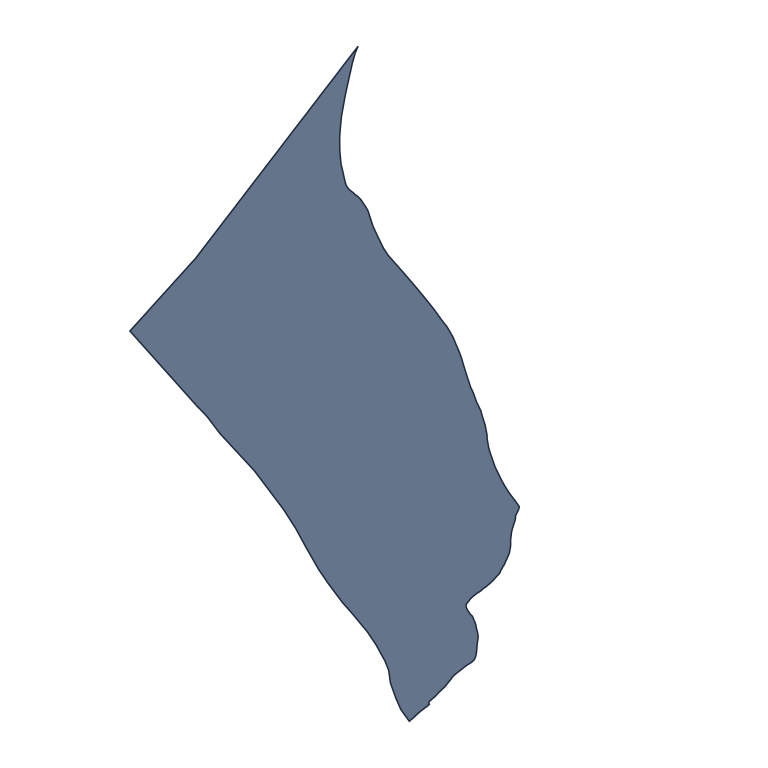 the district of Rumah, Hadramawt, Yemen, rotated 318°
{"feature_id": "15242507B71600093935687", "entity_name": "Rumah", "entity_type": "district", "adm_level": 2, "iso_a3": "YEM", "parent_name": "Yemen", "parent_adm1": "Hadramawt", "projection": "orthographic", "projection_center": [50.913, 17.827], "detail": "fine", "context": "isolated", "style": "filled", "palette": "slate", "viewbox_px": 768, "rotation_deg": 318, "n_neighbors": 0, "source": "geoboundaries", "source_scale": "gbopen_adm2", "svg_char_len": 5403}
<svg xmlns="http://www.w3.org/2000/svg" viewBox="0 0 768 768"><g transform="rotate(318 384 384)"><path d="M474.0,286.1L474.3,284.2L474.4,283.1L477.6,271.9L478.6,268.5L479.6,265.2L481.4,259.4L486.1,248.8L486.9,247.1L487.3,246.2L487.9,244.8L488.3,243.2L488.9,240.5L489.3,238.0L489.7,235.0L490.1,232.1L490.1,231.9L490.2,231.3L490.2,231.1L490.1,229.2L490.1,227.8L490.0,226.5L489.6,225.3L489.3,224.0L489.2,221.9L489.2,221.3L489.0,220.7L488.7,218.8L488.6,218.2L488.3,216.2L488.3,215.4L488.4,213.9L488.6,212.2L489.1,210.4L489.7,209.2L489.8,209.0L490.2,208.3L491.1,206.4L494.9,199.8L497.1,195.8L498.9,192.3L504.7,184.5L507.3,181.0L508.0,180.2L516.6,170.5L522.0,165.4L531.2,156.9L542.0,148.5L548.3,143.6L561.4,134.2L574.9,124.6L575.4,124.2L582.8,119.6L583.2,119.3L584.0,118.8L587.2,117.3L588.9,116.5L589.9,116.1L590.2,116.0L590.5,115.8L590.8,115.7L585.8,116.6L579.5,117.7L573.2,118.9L568.2,119.8L562.4,120.9L557.2,121.9L551.2,123.0L544.8,124.2L538.8,125.3L533.8,126.2L527.2,127.4L523.6,128.1L516.6,129.4L510.9,130.5L506.2,131.4L499.3,132.6L494.1,133.6L488.0,134.7L481.5,135.9L476.4,136.9L470.8,137.9L465.7,138.9L459.4,140.1L454.0,141.1L447.8,142.2L442.3,143.2L436.7,144.3L431.9,145.2L425.1,146.4L419.3,147.5L413.9,148.5L409.1,149.4L401.8,150.8L396.6,151.7L391.2,152.8L385.0,153.9L378.7,155.1L374.6,155.8L368.6,157.0L362.1,158.2L356.7,159.2L350.7,160.3L344.8,161.4L339.2,162.4L334.2,163.4L327.8,164.6L322.0,165.1L316.5,165.7L310.3,166.4L304.5,167.0L299.1,167.5L292.9,168.2L287.0,168.8L281.2,169.4L275.0,170.0L271.1,170.4L263.4,171.2L257.9,171.8L252.5,172.4L247.2,172.9L239.6,173.7L232.6,174.4L231.0,174.6L230.6,174.6L230.2,277.4L230.4,277.4L230.7,289.9L230.6,291.2L229.5,304.5L228.9,311.2L229.3,340.0L229.6,361.6L228.8,371.2L225.4,410.0L223.5,421.4L221.7,432.3L216.4,454.5L215.9,457.1L211.3,478.2L210.8,482.0L209.1,494.5L206.9,518.7L206.8,532.2L205.8,556.9L203.6,572.3L202.6,576.7L199.3,590.8L196.9,597.2L195.9,599.9L188.7,610.5L182.4,625.9L179.5,634.8L178.7,637.0L177.1,651.6L179.2,651.6L181.1,651.7L182.9,651.7L183.5,651.7L184.9,651.7L186.5,651.6L187.0,651.6L188.5,651.6L190.1,651.6L191.7,651.7L193.3,651.7L193.6,651.8L194.2,651.8L195.1,651.9L196.7,652.0L198.4,652.2L200.1,652.4L203.5,652.4L203.8,651.2L204.0,650.9L204.6,650.4L205.7,650.3L207.0,650.3L207.4,650.3L208.1,650.3L209.4,650.3L210.5,650.3L211.7,650.4L212.8,650.4L213.8,650.4L215.0,650.2L216.1,650.1L217.3,650.0L218.5,649.9L219.7,649.9L220.9,649.9L222.0,649.8L223.2,649.8L224.3,649.8L225.4,649.7L226.6,649.7L227.7,649.6L228.8,649.4L230.0,649.2L231.3,649.0L232.6,648.7L233.7,648.6L234.9,648.4L236.0,648.3L237.1,648.0L238.1,647.7L239.2,647.5L240.3,647.4L241.4,647.4L242.5,647.4L243.9,647.5L245.0,647.5L246.1,647.6L247.3,647.8L248.4,647.8L249.6,647.8L250.6,648.0L251.9,648.1L253.1,648.1L254.2,648.2L255.6,648.3L256.7,648.4L257.8,648.5L259.0,648.7L260.2,649.0L261.6,649.2L262.9,649.4L264.0,649.4L265.1,649.4L266.2,649.4L267.3,649.1L268.3,648.6L269.3,648.1L270.3,647.5L271.3,646.8L272.2,646.1L273.2,645.2L274.2,644.4L275.0,643.7L275.9,642.8L276.8,642.0L277.6,641.2L278.5,640.3L279.4,639.5L280.3,638.7L281.3,637.9L282.3,637.1L283.3,636.3L284.2,635.4L285.0,634.6L285.8,633.6L286.5,632.5L287.2,631.4L287.8,630.4L288.3,629.3L288.9,628.2L289.5,626.9L290.2,625.9L290.9,624.8L291.5,623.7L291.9,622.6L292.3,621.5L292.6,620.5L293.0,619.4L293.5,618.1L293.9,617.1L294.2,616.0L294.3,614.9L294.1,612.9L294.2,612.2L294.4,611.2L294.5,609.9L294.6,608.8L294.9,607.8L295.3,606.4L295.6,605.2L296.3,604.2L297.0,603.3L298.0,602.8L299.0,602.5L300.1,602.3L301.2,602.2L302.3,602.0L303.4,601.7L304.6,601.5L305.7,601.4L307.0,601.4L308.2,601.4L309.3,601.5L310.4,601.6L311.5,601.6L312.7,601.7L314.0,601.9L315.3,602.2L316.5,602.4L317.8,602.5L319.1,602.5L320.2,602.5L321.3,602.5L322.6,602.7L323.7,603.0L324.8,603.0L326.1,603.0L327.2,603.0L328.5,603.1L329.7,603.1L330.9,603.0L332.2,603.0L333.4,603.0L334.4,602.9L335.7,602.8L336.8,602.6L338.2,602.5L339.4,602.3L340.5,602.3L341.6,602.3L342.8,602.1L344.1,601.8L345.1,601.3L346.0,600.6L347.1,600.4L348.4,600.0L349.7,599.5L351.0,599.1L352.3,598.8L353.3,598.4L354.4,597.9L355.5,597.3L357.1,596.7L358.2,596.3L359.3,595.7L360.5,595.2L361.5,594.7L362.5,594.3L364.0,593.6L364.9,592.9L365.9,592.1L366.9,591.3L367.8,590.6L368.7,590.0L369.6,589.1L370.5,588.3L371.3,587.4L372.0,586.6L372.9,585.6L373.7,584.7L374.6,583.9L375.4,583.1L376.5,582.3L377.4,581.5L378.3,580.6L379.3,579.8L380.2,579.1L381.2,578.4L382.1,577.8L383.1,577.1L384.1,576.6L385.3,575.9L386.3,575.3L387.4,574.6L388.4,574.0L389.7,573.4L390.7,572.7L391.8,571.8L392.7,571.0L393.4,570.0L394.1,569.8L394.6,569.6L395.8,569.1L396.0,569.1L396.7,568.7L396.8,568.6L397.9,568.3L398.5,568.1L399.0,567.8L400.1,567.3L400.6,567.0L401.1,566.7L402.5,565.7L402.5,565.4L403.3,559.4L403.6,555.3L403.7,554.0L403.9,551.5L404.5,546.7L405.4,541.7L405.7,539.8L406.6,535.9L406.9,534.4L409.0,527.2L409.7,524.9L411.0,520.1L414.5,511.9L416.9,506.1L419.8,500.3L424.2,493.5L426.4,490.9L428.8,487.0L431.7,482.2L435.8,473.1L438.0,469.0L440.8,459.2L441.1,458.5L444.4,450.5L446.1,445.0L446.4,443.9L447.7,441.1L448.7,438.9L449.9,436.0L452.4,430.5L456.2,422.3L459.2,416.2L459.7,414.9L461.7,409.7L464.2,402.2L464.6,401.2L466.6,395.5L467.7,390.5L468.8,385.1L469.1,384.0L469.6,376.2L469.8,374.2L471.1,362.1L471.2,360.6L471.7,352.2L472.3,339.7L472.6,332.0L472.7,328.1L472.7,327.8L473.0,314.7L473.0,314.2L473.0,310.1L473.2,293.0L473.2,292.2L473.3,290.6L474.0,286.1Z" fill="#64748b" stroke="#1e293b" stroke-width="1.5"/></g></svg>